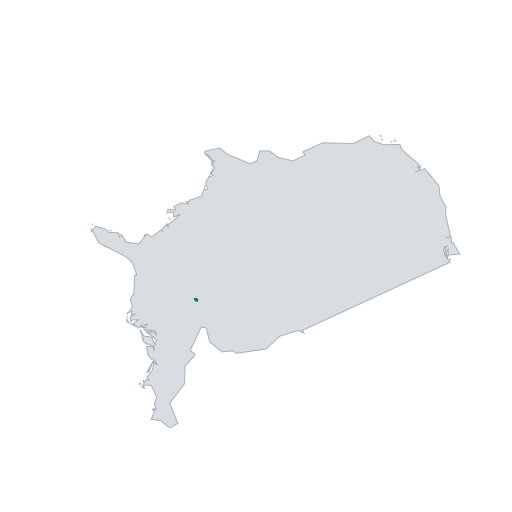 Boone, Kentucky, United States of America shown in context, rotated 140°
{"feature_id": "52423323B16120652166140", "entity_name": "Boone", "entity_type": "district", "adm_level": 2, "iso_a3": "USA", "parent_name": "United States of America", "parent_adm1": "Kentucky", "projection": "albers", "projection_center": [-84.783, 38.962], "detail": "fine", "context": "in_parent", "style": "filled", "palette": "green", "viewbox_px": 512, "rotation_deg": 140, "n_neighbors": 0, "source": "geoboundaries", "source_scale": "gbopen_adm2", "svg_char_len": 4293}
<svg xmlns="http://www.w3.org/2000/svg" viewBox="0 0 512 512"><g transform="rotate(140 256 256)"><path d="M393.0,204.1L416.7,198.6L423.5,178.0L432.6,179.8L434.9,191.4L441.4,198.2L432.8,202.7L432.7,205.0L430.8,202.5L429.2,207.6L422.6,212.0L419.4,224.4L424.3,228.8L426.9,227.8L425.9,225.7L426.9,226.6L427.5,229.0L419.8,231.9L417.9,229.5L417.6,233.2L408.4,235.3L402.0,240.9L402.4,238.1L401.6,236.5L400.4,243.1L402.4,244.0L402.4,249.4L398.3,256.9L392.9,253.1L395.4,248.5L392.3,251.9L394.1,256.6L396.5,259.1L397.2,262.2L392.1,274.0L393.3,266.8L387.9,260.6L390.5,253.2L385.9,255.8L388.4,266.1L383.6,263.3L382.0,263.8L383.2,260.4L383.1,259.4L381.7,262.1L381.8,264.3L389.1,267.7L387.7,269.7L384.3,266.4L383.0,265.8L387.3,269.9L389.1,270.6L388.3,273.3L386.0,271.5L389.7,275.1L388.9,275.8L387.1,273.9L382.7,273.3L388.4,276.6L391.8,276.2L396.1,285.5L392.4,278.4L393.8,283.1L387.2,282.7L392.3,287.0L394.4,285.4L391.9,290.0L385.5,289.1L389.5,291.0L386.4,293.5L390.4,294.7L383.4,296.3L380.2,303.6L373.6,305.9L361.3,319.3L359.6,318.0L355.1,329.8L354.7,332.6L357.1,341.4L367.8,367.0L365.0,380.8L359.8,381.8L354.6,374.7L353.5,368.6L346.2,361.8L348.6,358.5L345.1,358.8L346.4,349.7L338.1,340.7L325.5,342.9L323.3,337.6L311.0,336.9L312.6,334.9L310.4,336.9L304.8,337.7L304.9,333.6L303.8,336.4L286.8,336.4L293.9,338.8L291.2,342.4L296.5,346.3L293.6,348.1L287.8,342.9L287.1,346.7L278.8,344.5L274.5,339.4L271.4,341.6L259.5,336.8L251.9,341.2L253.8,340.0L250.1,338.3L247.5,344.5L239.4,347.7L241.3,346.6L236.5,345.3L237.9,347.7L231.8,349.7L228.6,356.4L226.2,354.9L228.1,357.2L227.6,363.7L229.5,367.9L227.5,369.0L214.2,362.0L212.5,352.1L201.3,330.6L194.1,328.2L185.6,334.2L177.9,327.5L175.9,317.9L166.9,305.2L153.9,301.8L152.9,305.6L132.1,299.8L109.3,279.7L91.8,275.2L91.8,268.0L86.9,259.3L74.1,248.9L75.9,244.4L72.2,219.5L73.5,217.6L74.7,221.3L75.0,216.3L80.3,218.1L70.6,214.5L70.6,192.5L76.6,183.5L78.9,171.4L84.4,165.4L94.6,145.6L98.7,148.1L94.4,144.9L98.2,140.0L96.5,139.3L98.6,126.6L108.3,133.3L103.6,138.4L108.8,135.6L106.4,140.5L103.3,140.7L105.1,141.7L107.9,140.5L110.8,135.6L111.2,126.5L268.4,169.2L268.8,166.0L271.3,171.7L289.2,179.3L308.2,178.3L333.6,194.1L334.7,198.1L343.7,204.4L346.7,220.0L340.4,232.8L343.5,236.9L367.1,225.9L365.8,220.1L367.9,218.9L380.8,217.5L393.0,204.1ZM411.5,237.6L415.5,236.4L401.8,241.9L412.9,235.9L411.5,237.6ZM110.0,131.7L110.0,135.5L109.7,136.0L108.8,132.7L110.0,131.7ZM229.4,366.8L228.3,360.8L228.9,357.6L228.7,361.1L229.4,366.8ZM433.8,203.0L434.1,204.8L433.4,204.5L433.8,203.0ZM274.5,341.1L274.7,342.5L273.4,341.3L274.5,341.1ZM77.8,256.2L79.7,256.2L79.7,256.4L77.8,256.2ZM76.2,255.0L75.2,255.6L74.9,254.6L76.2,255.0ZM423.4,231.6L422.5,232.9L422.2,232.7L423.4,231.6ZM230.4,354.8L228.9,357.2L232.2,352.6L230.4,354.8ZM364.6,358.5L366.7,363.6L364.3,358.1L364.6,358.5ZM84.8,263.6L85.0,265.3L84.7,263.7L84.8,263.6ZM365.8,381.5L364.3,383.2L366.8,379.7L365.8,381.5ZM396.9,288.7L395.5,290.9L396.3,285.9L396.9,288.7ZM109.6,128.5L109.3,129.4L108.9,128.7L109.6,128.5ZM237.9,348.8L235.0,349.6L238.0,348.4L237.9,348.8ZM427.3,231.6L427.4,232.9L426.2,232.7L427.3,231.6ZM83.4,267.3L83.3,269.1L83.1,267.4L83.4,267.3ZM234.2,350.5L233.1,351.0L234.1,350.1L234.2,350.5ZM396.7,264.4L395.3,267.3L396.9,263.3L396.7,264.4ZM250.9,342.3L249.1,343.1L251.8,341.6L250.9,342.3ZM355.4,331.1L355.2,333.3L355.0,331.8L355.4,331.1ZM391.0,295.0L390.5,295.5L392.0,293.7L391.0,295.0ZM330.0,342.5L327.9,343.6L327.1,343.3L330.0,342.5ZM304.0,337.3L303.6,337.6L302.4,337.5L304.0,337.3ZM351.2,368.9L351.5,370.4L350.8,368.6L351.2,368.9ZM298.4,340.0L298.0,341.4L298.0,338.9L298.4,340.0ZM361.0,385.3L359.8,385.5L361.5,385.0L361.0,385.3ZM402.1,250.4L401.5,251.9L402.2,249.8L402.1,250.4ZM394.3,291.4L393.6,292.0L393.5,291.9L394.3,291.4Z" fill="#d9dde1" stroke="#a8b0b8" stroke-width="1"/><path d="M329.0,260.4L329.1,260.5L329.3,260.8L329.3,261.0L329.1,261.3L329.0,261.5L329.3,261.6L329.5,261.6L329.7,261.8L329.6,262.0L329.7,261.9L329.7,262.1L329.8,262.1L330.4,262.6L330.5,262.7L330.8,262.5L330.9,262.2L330.9,261.8L330.9,261.1L330.9,260.9L330.8,260.5L330.8,260.1L330.7,260.0L330.6,259.9L330.4,259.8L330.3,259.7L330.2,259.6L330.1,259.4L329.9,259.4L329.8,259.5L329.7,259.7L329.5,259.8L329.4,259.8L329.2,259.9L329.1,260.0L328.9,260.1L328.9,260.3L329.0,260.4L329.0,260.4Z" fill="#22c55e" stroke="#15803d" stroke-width="1.5"/></g></svg>